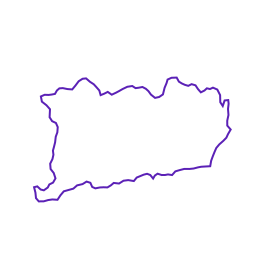 outline of Sardoá, Minas Gerais, Brazil, rotated 169°
{"feature_id": "56859067B85118179369931", "entity_name": "Sardoá", "entity_type": "district", "adm_level": 2, "iso_a3": "BRA", "parent_name": "Brazil", "parent_adm1": "Minas Gerais", "projection": "natural_earth1", "projection_center": [-42.402, -18.781], "detail": "fine", "context": "isolated", "style": "outline", "palette": "violet", "viewbox_px": 256, "rotation_deg": 169, "n_neighbors": 0, "source": "geoboundaries", "source_scale": "gbopen_adm2", "svg_char_len": 1802}
<svg xmlns="http://www.w3.org/2000/svg" viewBox="0 0 256 256"><g transform="rotate(169 128 128)"><path d="M183.3,81.6L178.9,83.3L175.4,81.4L174.4,77.0L171.6,75.0L166.9,75.0L163.4,74.5L159.5,73.6L155.7,75.0L152.5,76.8L147.4,75.2L142.5,77.1L137.7,76.8L132.4,74.8L128.9,77.7L125.9,78.3L121.5,79.2L118.0,79.4L115.1,77.6L113.0,73.6L110.7,76.2L107.7,77.5L103.9,75.4L100.6,74.8L97.6,74.8L93.7,73.4L89.8,76.4L85.5,76.8L80.6,77.1L75.7,76.1L71.3,75.7L66.9,76.0L63.6,76.0L59.0,75.4L54.6,74.8L52.6,80.0L50.0,84.3L47.4,88.3L45.1,91.6L41.5,94.5L36.9,97.2L33.3,99.7L31.0,102.9L27.5,106.9L30.1,111.4L29.2,116.2L26.9,121.6L26.2,127.6L24.6,132.6L24.3,136.3L27.9,136.6L30.8,131.5L32.5,135.7L31.3,142.7L33.0,148.7L36.9,151.4L40.1,150.6L43.0,151.9L45.8,150.2L49.7,149.1L51.9,152.9L53.6,157.0L57.2,158.9L60.8,157.9L63.9,159.5L66.6,161.4L69.2,163.8L70.6,168.2L75.7,169.0L79.9,168.0L81.6,164.7L84.4,160.5L87.3,154.3L91.5,152.5L95.7,152.4L99.1,156.4L100.9,160.3L103.0,163.1L106.0,165.5L109.9,165.5L113.0,165.7L115.8,168.4L120.8,168.6L125.8,167.3L129.9,165.9L133.2,164.9L137.6,163.8L141.0,167.3L144.9,166.2L148.6,165.5L149.0,170.3L151.5,174.6L153.3,177.5L156.5,180.6L159.7,184.7L163.2,185.0L167.5,183.3L171.6,179.6L175.4,176.5L180.1,177.8L184.4,179.6L187.8,180.0L190.6,178.4L193.2,175.4L196.6,175.4L199.6,175.6L203.5,176.5L207.5,175.6L207.5,170.3L203.7,165.9L201.0,161.3L202.9,153.5L201.2,149.2L197.8,146.7L196.8,142.3L198.2,137.2L200.6,133.2L202.3,127.8L204.5,123.1L206.0,120.1L206.3,116.0L208.1,111.9L211.2,107.8L211.8,102.5L209.5,98.0L208.8,92.4L212.0,88.7L216.0,87.6L218.1,84.9L222.5,82.9L225.5,84.3L228.2,88.0L231.5,87.8L231.2,82.2L231.7,76.7L229.6,73.0L224.8,72.1L220.1,72.5L215.9,72.3L210.9,71.0L207.2,74.8L203.1,78.1L198.2,78.5L193.2,78.9L188.9,81.4L183.3,81.6Z" fill="none" stroke="#5b21b6" stroke-width="2"/></g></svg>